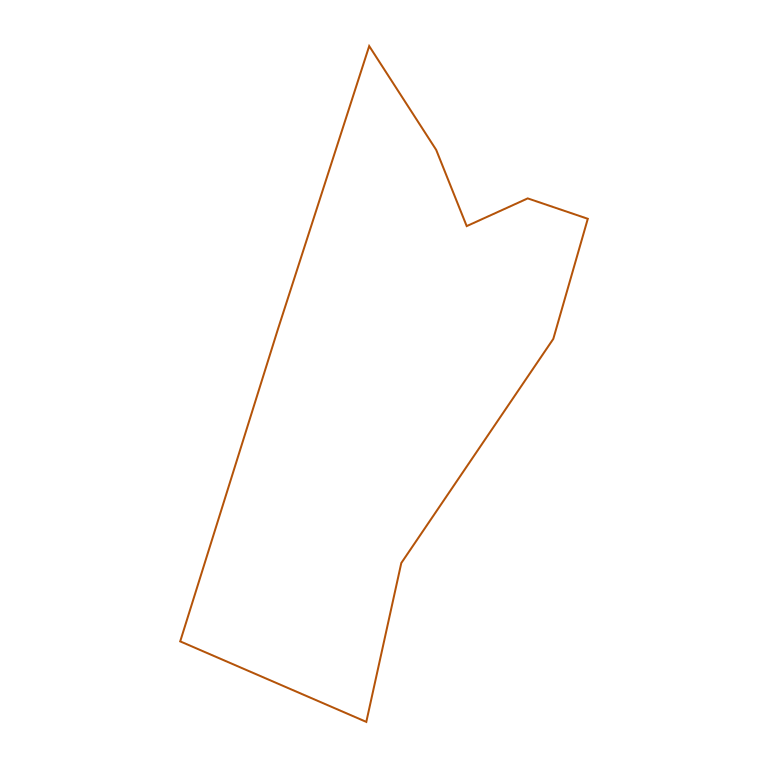 map outline of Ngchesar (Robinson projection)
{"feature_id": "PLW-5255", "entity_name": "Ngchesar", "entity_type": "state/province", "adm_level": 1, "iso_a3": "PLW", "parent_name": "Palau", "parent_adm1": "", "projection": "robinson", "projection_center": [134.604, 7.467], "detail": "fine", "context": "isolated", "style": "outline", "palette": "amber", "viewbox_px": 768, "rotation_deg": 0, "n_neighbors": 0, "source": "natural_earth", "source_scale": "10m", "svg_char_len": 258}
<svg xmlns="http://www.w3.org/2000/svg" viewBox="0 0 768 768"><path d="M587.8,218.8L553.3,338.9L401.3,563.0L366.3,721.9L180.2,641.4L277.7,329.9L369.2,46.1L436.2,149.9L466.7,226.1L527.7,198.4L587.8,218.8Z" fill="none" stroke="#b45309" stroke-width="2"/></svg>